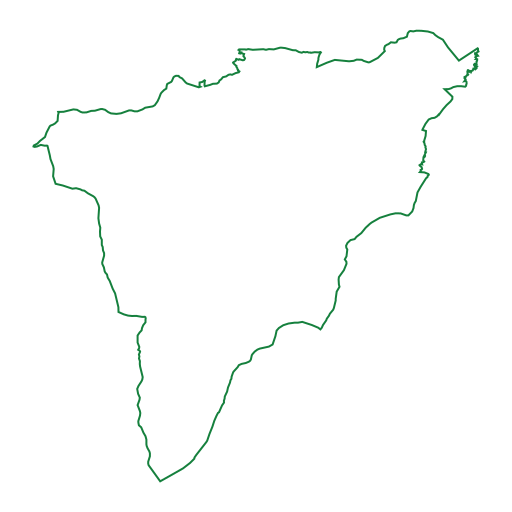 Sarmizegetusa, Hunedoara, Romania (Natural Earth projection)
{"feature_id": "2599482B56476648103068", "entity_name": "Sarmizegetusa", "entity_type": "district", "adm_level": 2, "iso_a3": "ROU", "parent_name": "Romania", "parent_adm1": "Hunedoara", "projection": "natural_earth1", "projection_center": [22.749, 45.477], "detail": "fine", "context": "isolated", "style": "outline", "palette": "green", "viewbox_px": 512, "rotation_deg": 0, "n_neighbors": 0, "source": "geoboundaries", "source_scale": "gbopen_adm2", "svg_char_len": 5857}
<svg xmlns="http://www.w3.org/2000/svg" viewBox="0 0 512 512"><path d="M477.6,48.3L458.9,60.6L448.0,47.4L442.9,39.7L438.1,37.1L435.3,35.1L433.3,33.1L427.9,31.5L421.3,30.8L416.5,30.7L413.3,31.4L410.4,31.0L409.3,31.4L407.8,33.1L406.9,36.7L403.4,38.2L400.4,38.6L398.9,39.2L397.8,39.9L396.5,42.3L394.6,42.7L390.9,42.3L388.4,44.2L387.4,44.5L385.1,45.9L384.3,47.9L384.2,49.7L384.8,51.1L377.9,57.9L370.1,62.0L368.9,62.4L368.1,62.3L363.7,60.9L361.8,59.8L356.7,59.6L353.7,60.8L349.1,61.3L334.8,59.9L326.9,62.7L316.8,67.1L317.2,63.6L318.4,59.7L318.4,58.2L318.7,56.9L319.5,54.5L320.9,52.4L320.4,52.0L318.7,52.4L314.7,52.2L310.9,52.8L310.5,52.5L308.6,52.5L307.3,52.0L305.3,52.3L303.5,51.9L301.8,52.7L298.9,52.0L295.8,50.3L292.8,50.2L285.2,48.1L281.7,47.7L280.0,47.7L273.8,49.4L268.9,49.1L266.0,49.8L263.3,49.2L252.8,49.8L248.2,49.1L246.0,49.7L245.2,49.4L239.1,49.4L238.6,49.9L239.2,50.2L239.8,51.4L239.2,53.3L240.3,53.6L241.6,52.6L241.9,53.4L244.1,54.0L243.4,56.1L244.7,57.7L245.0,58.5L244.2,59.9L242.9,60.3L239.3,59.2L238.7,59.8L236.3,58.9L236.0,59.3L236.3,59.8L235.7,60.8L233.1,62.5L233.3,63.1L234.6,64.4L236.5,66.0L236.3,66.7L237.3,68.2L237.5,69.3L238.1,69.8L238.0,70.5L239.4,71.4L238.8,72.3L235.6,73.1L232.0,74.8L230.3,74.4L228.5,74.8L226.2,76.4L222.9,77.2L221.1,79.4L219.5,80.5L218.7,82.4L216.9,83.6L212.9,83.8L210.1,84.9L204.8,86.3L204.5,85.5L204.6,81.9L205.0,80.6L204.5,80.3L202.2,82.0L199.6,82.5L199.5,86.1L200.5,86.7L198.8,87.3L187.0,83.5L185.6,82.4L182.1,78.4L179.5,77.1L178.6,75.9L176.0,75.8L174.4,76.5L173.5,77.3L171.9,81.0L171.2,81.9L167.3,83.9L166.8,85.2L166.3,88.6L164.0,90.1L161.4,92.7L160.6,94.0L159.1,98.0L157.5,101.4L154.8,105.2L152.7,106.4L145.2,107.7L142.5,109.4L137.5,111.3L134.4,111.3L131.3,110.4L129.1,110.4L121.0,113.3L116.5,113.9L111.0,113.4L108.2,112.1L105.1,109.8L102.1,109.0L100.5,109.1L95.0,110.7L91.2,110.9L86.4,112.4L82.6,112.5L80.7,111.9L77.0,109.8L73.4,109.4L63.5,111.8L58.2,111.9L58.6,113.0L58.0,115.2L57.6,120.9L55.1,123.4L53.1,124.6L50.5,125.6L49.7,126.4L46.5,132.6L45.0,137.0L40.0,140.9L37.4,143.6L33.8,145.5L33.5,146.5L34.6,146.9L37.0,146.5L40.8,144.9L44.7,145.7L47.0,145.6L47.5,145.9L49.8,155.3L50.5,159.1L53.2,166.2L53.7,169.0L53.1,176.3L55.6,183.8L62.8,185.5L72.4,188.7L76.1,188.2L80.5,189.4L82.1,190.3L84.4,190.7L87.9,193.3L93.2,196.2L94.5,197.2L95.6,198.6L98.6,205.4L99.1,207.8L98.4,218.2L99.1,223.5L100.3,227.7L100.0,231.5L100.2,236.4L101.8,239.7L101.8,245.0L102.7,247.0L103.0,250.4L104.1,253.1L104.1,255.7L102.2,262.4L102.3,264.0L103.9,267.4L104.7,271.4L105.4,272.7L107.0,274.5L107.7,277.6L109.7,280.9L112.7,288.7L115.1,293.4L118.4,307.2L118.5,312.0L123.9,314.4L128.1,315.6L132.0,316.0L136.3,315.9L142.2,316.9L144.8,316.8L145.4,317.2L145.7,318.3L145.5,319.7L145.5,322.3L143.2,325.2L142.0,328.1L141.6,330.4L139.6,332.5L137.6,335.5L137.6,342.6L139.3,346.9L139.1,348.2L138.2,349.8L139.7,350.8L140.1,351.7L138.9,354.5L139.4,356.4L139.0,358.5L139.9,361.1L139.8,364.0L140.1,366.5L142.7,377.1L142.3,379.5L141.5,381.3L138.5,385.9L137.2,388.9L138.1,393.8L139.8,397.6L139.5,399.8L137.6,405.1L139.9,411.1L140.3,413.0L140.0,415.6L138.3,421.2L138.4,422.8L138.9,425.3L141.2,427.3L143.4,432.6L145.5,436.2L146.4,439.6L146.4,444.3L146.7,446.0L147.6,448.3L149.4,451.5L149.9,453.3L149.9,456.3L148.2,461.7L148.2,463.6L148.6,465.2L160.2,481.3L183.0,468.4L190.0,463.0L194.3,458.7L194.5,457.5L196.3,454.9L206.3,442.1L207.2,440.7L209.5,433.9L212.4,426.7L214.3,420.8L216.5,415.8L218.0,412.9L219.0,412.3L222.1,405.3L224.0,402.6L223.9,400.8L224.6,398.6L224.8,396.5L227.1,391.6L228.0,387.5L230.0,382.6L230.5,380.2L231.4,378.8L231.6,376.7L233.0,372.7L233.5,371.7L237.7,367.1L238.8,365.2L241.6,363.9L245.8,363.0L248.9,361.7L250.2,360.7L250.9,359.4L251.8,355.2L252.5,354.1L254.7,351.6L257.4,349.6L259.8,348.6L268.9,346.6L272.6,344.5L275.4,336.2L276.6,330.6L278.9,328.0L283.3,325.2L288.6,323.5L294.4,322.7L297.8,322.7L302.3,321.9L311.8,325.0L318.2,327.7L320.4,329.4L321.8,327.7L323.0,325.0L326.2,320.4L326.8,318.7L328.9,315.8L329.9,313.7L333.2,309.7L333.9,307.9L335.7,300.5L335.7,298.8L336.7,291.6L339.5,286.8L338.9,284.5L338.6,279.6L338.9,277.1L343.9,270.2L346.5,263.8L346.4,261.8L344.8,259.4L346.5,256.3L347.3,249.5L346.3,247.7L346.1,245.7L347.5,242.9L350.5,240.1L354.6,239.1L356.5,236.8L361.3,233.1L365.7,227.7L369.7,224.0L371.5,222.6L379.8,217.8L390.4,214.4L395.6,213.3L400.6,213.4L406.3,215.4L408.4,215.4L412.2,211.5L413.5,208.1L413.9,205.0L414.6,203.0L415.8,201.0L417.5,192.4L420.7,186.7L426.1,178.2L427.4,177.2L427.6,176.1L428.8,174.8L428.4,174.0L424.4,172.4L419.9,172.1L420.8,171.0L420.6,170.0L421.8,169.4L422.1,168.9L421.6,167.1L419.8,165.7L419.5,165.2L420.9,164.2L422.1,164.4L421.8,163.6L422.3,162.8L421.9,162.8L421.9,162.4L423.5,162.1L424.2,161.6L423.2,160.3L423.5,157.1L423.8,156.5L424.3,157.1L424.8,156.7L425.1,155.9L424.7,154.6L425.9,152.3L425.2,152.1L426.0,149.1L425.4,147.3L425.6,146.3L424.7,144.9L424.5,143.3L423.7,141.9L424.2,141.6L424.1,141.0L425.6,136.0L426.0,131.0L422.4,129.9L422.5,129.5L425.5,123.8L428.7,119.5L431.6,118.2L434.6,117.8L437.0,116.4L438.8,114.4L439.0,114.7L443.1,109.1L446.7,105.0L450.5,101.5L452.3,99.1L452.4,96.7L444.6,89.2L448.6,89.1L450.9,88.4L453.3,87.1L457.2,86.2L461.2,86.2L465.2,86.7L466.1,85.8L466.2,84.6L466.6,83.8L466.5,81.8L465.8,80.9L464.4,81.2L465.6,79.6L465.0,78.9L465.3,78.1L464.5,78.0L464.5,77.0L465.9,76.4L466.8,75.4L467.7,75.2L468.1,74.6L467.4,74.1L467.8,72.4L467.3,71.9L467.8,70.2L468.3,70.2L469.4,71.6L469.9,70.9L470.4,71.0L471.0,72.1L471.6,70.9L472.8,70.4L473.4,68.5L474.1,68.5L475.2,69.4L476.6,68.2L476.6,67.8L475.8,67.6L476.6,66.8L475.0,66.7L474.7,65.8L474.2,65.5L474.0,64.6L474.7,63.8L475.3,64.0L475.7,65.0L476.7,64.7L476.3,63.7L476.6,62.9L476.4,62.0L477.1,60.7L477.2,59.4L476.0,59.2L476.6,58.7L475.3,57.2L476.5,56.1L478.0,55.8L476.8,54.2L475.3,54.6L475.0,53.9L475.1,53.2L476.5,53.3L476.7,52.5L478.5,51.5L478.0,50.4L478.0,48.7L477.6,48.3Z" fill="none" stroke="#15803d" stroke-width="2"/></svg>